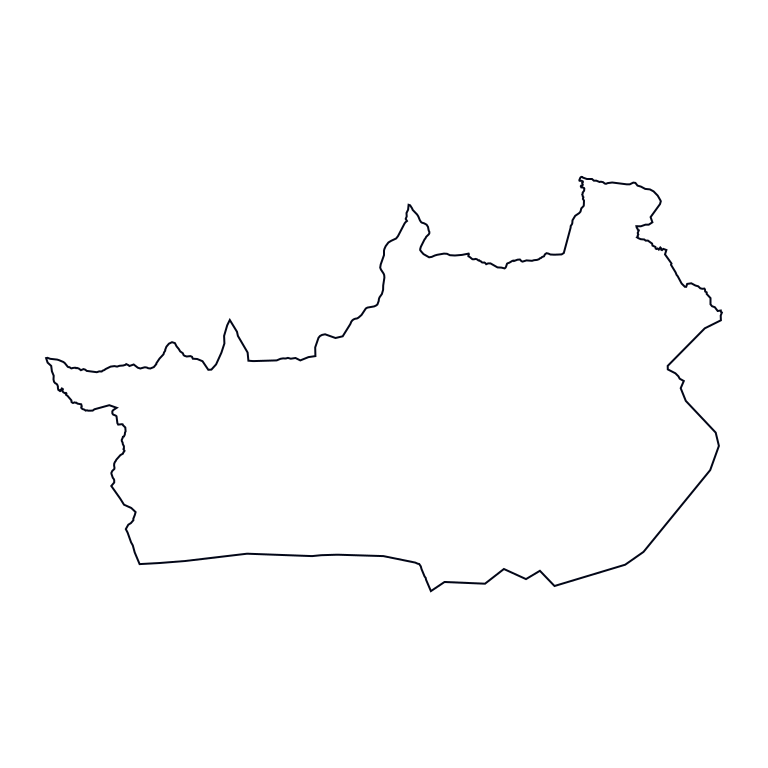 the district of Adansi North, Ashanti, Ghana
{"feature_id": "2480657B92670413622569", "entity_name": "Adansi North", "entity_type": "district", "adm_level": 2, "iso_a3": "GHA", "parent_name": "Ghana", "parent_adm1": "Ashanti", "projection": "mercator", "projection_center": [-1.594, 6.301], "detail": "fine", "context": "isolated", "style": "outline", "palette": "ink", "viewbox_px": 768, "rotation_deg": 0, "n_neighbors": 0, "source": "geoboundaries", "source_scale": "gbopen_adm2", "svg_char_len": 6056}
<svg xmlns="http://www.w3.org/2000/svg" viewBox="0 0 768 768"><path d="M321.2,555.2L337.5,554.7L383.4,556.1L415.3,562.6L417.7,563.7L419.2,564.0L420.8,566.4L421.5,569.0L424.6,576.5L425.7,577.9L426.0,579.6L430.9,591.1L444.5,582.0L485.0,583.7L503.9,569.0L526.0,579.1L539.9,570.8L554.5,586.0L625.2,564.7L643.5,551.9L710.2,470.1L718.9,445.9L715.7,432.6L685.8,400.9L680.7,388.2L683.8,381.0L679.7,378.7L678.4,376.3L675.4,373.3L667.8,369.4L667.7,365.9L704.8,328.3L720.9,320.3L720.7,315.6L721.9,312.5L721.0,311.9L720.8,310.5L717.7,311.0L714.8,307.2L712.0,306.2L710.5,304.3L710.5,298.1L706.7,294.0L706.7,292.4L705.2,291.5L705.0,289.6L704.4,288.6L702.3,288.8L700.3,288.3L698.2,286.3L695.4,285.5L691.3,283.3L687.2,283.9L686.2,286.8L684.9,286.8L681.6,283.5L677.7,276.2L676.6,274.9L675.6,272.4L671.0,264.8L671.5,263.5L665.0,254.4L666.4,250.0L663.3,248.9L662.0,250.1L661.2,249.7L661.1,248.3L660.3,247.5L658.8,249.6L657.6,248.5L656.6,249.0L655.7,248.6L655.4,246.9L652.5,245.6L652.1,243.6L647.9,240.6L645.6,240.6L644.3,239.5L640.7,239.2L638.2,238.1L637.0,237.3L637.8,236.5L637.7,235.4L638.3,234.6L637.7,233.0L638.8,230.3L637.8,229.8L637.5,228.7L636.7,227.6L636.4,226.2L640.8,226.3L645.4,224.7L648.7,224.7L652.4,222.3L650.6,217.1L660.0,204.1L660.8,201.3L660.5,200.5L657.7,195.6L653.6,191.4L649.9,189.4L645.2,188.9L640.9,186.6L637.5,185.6L635.4,182.9L633.3,182.6L629.8,184.3L626.5,184.3L612.2,182.5L607.7,183.1L606.0,183.8L604.7,183.5L603.1,182.2L601.8,181.9L600.9,181.7L599.6,182.0L596.4,180.7L593.9,180.7L592.0,179.0L586.9,179.0L582.9,177.6L582.3,177.0L581.3,176.9L580.4,177.6L579.4,179.9L579.4,180.6L579.7,180.8L581.6,180.8L582.8,181.4L582.9,182.1L582.1,182.9L582.8,184.8L582.4,185.4L581.2,185.6L580.8,186.2L581.3,187.4L582.8,187.5L584.0,188.0L584.3,188.5L584.1,190.7L582.7,192.6L582.7,193.6L582.2,194.5L582.7,195.6L582.8,196.6L583.4,197.2L582.9,198.9L584.0,200.6L583.8,205.4L583.6,206.0L581.3,208.4L580.5,211.6L579.2,213.1L575.2,215.8L572.5,220.3L572.3,223.1L572.0,224.1L570.7,226.1L570.6,227.7L563.8,253.0L561.6,254.4L554.5,254.7L550.4,254.5L548.4,253.6L546.5,253.2L544.9,254.4L544.0,256.3L542.1,257.0L541.0,258.0L539.8,258.4L539.0,259.2L537.0,259.9L534.0,260.2L532.0,260.8L526.5,260.4L522.6,261.6L521.5,261.2L519.9,259.5L517.5,259.7L514.3,260.9L513.9,261.0L513.7,260.6L512.5,260.8L509.3,262.7L507.4,263.4L507.0,263.8L506.0,266.8L505.4,267.8L504.6,268.4L501.4,267.6L497.5,267.4L490.5,263.4L488.1,263.4L486.2,264.2L485.3,263.1L484.4,262.5L483.0,262.6L481.8,262.3L481.0,261.4L480.1,261.1L479.2,260.3L478.5,260.5L477.1,259.4L475.7,258.9L473.9,259.3L472.4,259.2L469.6,256.9L468.4,256.3L468.4,255.4L468.9,254.2L468.6,253.6L462.0,254.9L454.9,255.5L449.9,255.2L447.0,253.8L444.0,253.6L437.2,254.8L434.8,255.5L431.7,256.9L429.1,257.3L423.5,254.1L421.2,251.5L420.2,250.1L420.2,249.1L420.8,246.9L424.6,239.3L425.3,238.6L426.2,236.8L428.7,234.4L429.3,233.4L429.4,232.0L428.7,230.5L428.0,226.9L426.6,224.7L424.3,223.4L421.8,222.6L421.1,222.1L419.9,220.3L418.3,216.4L417.1,214.5L412.7,209.9L412.1,208.4L410.1,205.3L408.6,204.8L408.1,209.7L406.5,213.0L406.7,216.4L405.7,218.9L407.0,221.0L405.6,222.1L404.6,223.4L398.0,236.1L397.0,237.4L396.1,238.5L391.2,240.8L388.4,242.5L385.7,246.1L384.4,249.0L384.0,250.6L384.0,255.1L380.7,264.5L380.2,267.6L380.9,269.5L383.6,273.6L384.2,275.2L384.4,277.6L383.2,285.5L383.1,289.8L381.9,294.0L379.5,297.4L378.9,299.1L378.7,301.0L377.4,304.5L376.1,305.5L374.2,306.4L367.4,307.6L365.8,308.5L361.5,315.0L358.4,317.7L356.9,318.5L355.3,318.7L353.6,319.4L352.4,320.3L351.3,321.7L350.3,324.1L342.7,336.3L335.5,338.0L325.1,334.3L322.1,334.9L320.0,336.0L318.5,337.8L315.2,347.4L315.4,356.1L308.5,357.1L300.3,360.4L295.5,358.0L290.8,358.7L287.9,357.9L285.8,358.5L283.0,358.4L280.5,358.8L276.7,360.4L253.2,361.1L248.4,360.7L247.6,352.5L237.9,335.9L237.0,331.8L229.8,320.0L227.2,325.3L224.1,335.9L224.4,343.5L221.4,352.7L216.1,364.4L211.4,369.6L208.3,369.8L202.5,361.2L197.2,359.0L192.8,358.7L192.0,356.8L190.4,356.1L186.7,356.5L184.5,355.8L183.6,355.1L182.8,353.2L180.2,351.4L178.7,348.9L176.6,346.4L174.9,343.1L172.0,342.2L168.9,343.7L166.4,346.7L165.2,349.8L165.2,350.7L164.0,352.5L163.5,354.3L159.5,358.6L156.3,363.4L156.3,364.1L153.8,367.1L150.3,368.5L148.1,368.2L147.0,367.6L145.4,367.3L144.6,367.3L140.3,368.5L137.8,367.7L133.7,364.5L129.4,366.0L128.5,365.2L126.2,364.1L125.5,364.8L123.2,365.5L119.5,365.8L117.1,366.6L114.4,366.1L110.6,366.6L105.5,369.1L104.4,370.0L102.6,370.7L101.7,371.5L99.2,371.4L96.8,372.2L86.7,370.9L85.3,369.7L83.5,369.1L80.9,370.2L78.9,368.6L76.9,367.9L76.1,368.2L75.2,367.7L72.6,368.0L71.7,368.4L71.1,368.3L69.5,367.2L68.3,367.1L67.7,366.7L64.8,363.1L63.4,362.0L59.1,360.2L57.2,359.6L50.1,358.8L47.5,357.8L46.1,358.1L47.6,362.6L51.2,365.9L51.9,371.3L53.7,375.7L53.5,379.4L54.0,381.7L55.2,383.2L56.4,383.8L57.2,384.6L57.9,386.4L57.9,387.9L58.3,389.8L60.1,391.1L60.4,391.0L60.4,389.9L61.5,389.4L61.8,388.5L62.4,388.7L62.9,389.2L62.3,390.6L63.2,392.2L64.9,393.2L65.9,392.9L66.2,393.1L66.4,393.4L66.0,394.3L66.2,395.0L67.4,395.7L71.4,400.4L71.5,402.0L71.8,402.3L73.0,403.0L74.6,402.4L75.8,402.8L76.4,402.7L77.4,403.6L81.2,404.3L81.7,406.1L81.7,406.7L81.2,407.2L81.3,407.9L82.4,409.0L84.5,409.7L85.6,410.6L87.0,410.3L88.2,410.7L92.7,410.6L94.4,409.3L109.3,405.2L116.7,407.8L113.5,409.9L112.6,410.8L112.3,411.6L112.4,413.5L113.2,414.6L115.7,415.6L116.5,416.3L117.4,423.2L118.2,424.6L122.0,424.2L122.7,424.4L122.9,425.1L125.3,427.5L125.6,431.3L125.0,432.6L124.8,434.6L123.9,436.5L122.9,436.8L122.6,438.0L121.7,440.0L121.9,441.3L122.6,442.5L122.8,444.1L123.9,446.2L123.9,448.5L123.6,448.7L123.5,449.4L124.5,450.7L124.3,451.4L123.3,452.4L123.0,453.6L120.4,455.1L116.4,459.6L115.5,461.3L114.9,462.0L114.2,463.7L114.1,465.6L114.5,467.9L114.3,469.0L112.3,470.9L111.4,472.8L111.4,473.7L112.8,477.8L113.7,478.9L114.2,480.1L114.2,482.5L111.3,486.0L120.2,498.6L124.0,504.7L131.3,508.0L135.6,512.1L134.8,515.0L133.3,518.8L133.4,520.2L130.9,523.1L128.3,524.7L125.8,529.1L127.6,532.6L131.1,542.4L132.8,545.4L134.7,552.4L139.6,564.1L159.8,563.0L185.1,561.0L247.1,553.7L312.1,556.1L321.2,555.2Z" fill="none" stroke="#020617" stroke-width="2"/></svg>